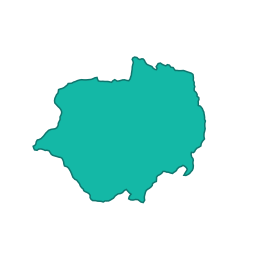 Comercinho, Minas Gerais, Brazil (Albers equal-area conic projection), rotated 138°
{"feature_id": "56859067B55549255445639", "entity_name": "Comercinho", "entity_type": "district", "adm_level": 2, "iso_a3": "BRA", "parent_name": "Brazil", "parent_adm1": "Minas Gerais", "projection": "albers", "projection_center": [-41.766, -16.287], "detail": "fine", "context": "isolated", "style": "filled", "palette": "teal", "viewbox_px": 256, "rotation_deg": 138, "n_neighbors": 0, "source": "geoboundaries", "source_scale": "gbopen_adm2", "svg_char_len": 3455}
<svg xmlns="http://www.w3.org/2000/svg" viewBox="0 0 256 256"><g transform="rotate(138 128 128)"><path d="M166.6,62.4L163.9,63.2L162.8,64.9L161.7,66.1L160.0,67.3L158.0,68.6L156.2,69.4L154.4,69.3L152.2,68.9L150.1,68.8L148.4,69.1L146.9,70.3L144.6,70.0L142.7,69.3L141.2,70.7L139.6,72.4L137.7,72.7L135.7,72.1L133.2,71.8L131.0,72.3L129.6,71.0L128.9,69.5L127.5,68.0L126.4,65.9L125.3,64.4L123.8,64.4L122.2,64.1L120.5,64.0L118.7,64.7L116.1,64.7L113.9,63.7L112.2,63.5L111.5,61.9L111.2,59.8L111.5,57.8L112.9,57.1L115.1,56.5L118.1,55.5L116.7,54.0L114.5,53.3L112.6,53.0L110.2,53.4L108.4,53.6L106.6,54.5L104.7,56.2L103.7,57.9L102.5,59.3L101.0,60.4L100.2,61.9L100.1,63.8L98.7,66.3L97.2,67.5L95.9,66.0L94.4,65.9L92.6,66.6L90.3,66.9L88.2,66.3L85.9,65.9L83.9,67.5L81.6,68.3L78.5,68.7L77.5,70.5L76.5,71.7L75.0,73.2L73.1,74.4L71.2,75.8L69.7,78.0L67.8,80.1L65.8,81.4L65.3,83.2L63.9,84.7L62.8,86.3L61.9,87.8L61.0,89.1L60.6,90.6L59.8,92.7L59.6,95.7L60.7,97.7L59.3,99.2L58.0,100.9L56.2,101.7L55.1,103.2L55.4,105.4L54.1,106.8L53.6,108.8L53.8,111.4L52.4,113.1L50.7,114.0L49.9,116.0L48.3,117.6L47.5,119.9L45.9,121.4L44.8,122.9L43.9,124.3L44.2,126.2L45.2,128.1L46.4,130.1L47.5,132.2L48.4,133.7L50.2,135.1L51.9,136.6L52.9,137.8L54.4,139.2L54.3,140.7L54.0,142.7L55.5,144.5L55.2,147.0L56.3,148.7L58.3,148.9L59.1,150.3L59.9,152.2L60.5,154.6L62.5,155.7L64.4,155.1L66.1,154.7L66.4,153.0L67.8,152.3L68.8,153.5L69.3,155.6L69.1,157.7L69.8,159.2L70.6,160.8L71.4,162.8L71.2,165.2L70.5,167.5L70.6,169.3L71.8,170.4L73.3,170.9L74.1,172.3L74.2,174.4L75.6,176.3L77.5,176.8L79.0,176.2L79.6,174.2L80.5,172.8L82.2,171.8L83.9,170.6L85.6,168.9L87.4,167.4L88.9,166.2L90.2,165.0L92.0,164.1L93.7,163.0L95.8,162.6L97.2,164.3L98.3,166.1L99.9,167.4L101.6,168.2L103.4,169.1L104.7,170.1L105.5,172.8L107.7,173.2L109.7,173.0L110.8,174.6L111.7,175.9L112.9,177.0L114.1,178.1L115.4,179.5L117.3,181.1L118.5,182.8L118.1,184.4L117.2,186.3L118.9,187.4L120.9,188.0L122.8,188.7L124.7,190.1L127.1,191.9L128.7,193.4L130.1,194.9L131.9,196.1L134.0,197.1L136.0,197.7L137.7,198.5L140.0,199.0L141.4,200.1L142.7,201.1L144.2,200.6L146.4,200.7L148.4,200.8L150.4,201.4L152.3,202.4L153.9,203.0L155.7,201.5L157.0,200.7L158.7,200.6L160.5,199.8L162.4,199.0L164.3,197.5L165.6,195.6L165.6,193.4L165.6,190.7L165.4,188.6L165.6,186.7L166.2,184.9L167.1,183.7L168.6,182.7L171.1,181.7L172.7,179.8L174.6,179.0L176.6,178.2L178.2,176.6L180.9,175.8L182.8,176.3L184.2,177.2L186.2,178.5L188.6,179.4L190.4,179.3L192.5,179.2L194.4,178.8L196.0,178.5L197.6,178.4L199.7,178.3L201.8,178.9L203.4,179.8L205.3,179.2L207.3,177.7L208.9,177.4L210.7,177.9L211.5,176.2L212.1,174.3L210.5,172.3L208.5,172.1L206.6,170.6L205.2,168.3L204.6,166.8L203.2,165.8L201.9,163.9L202.2,161.9L202.6,159.8L202.2,158.1L201.2,156.4L200.0,154.5L198.7,152.3L197.7,151.1L197.3,149.5L197.7,148.0L198.4,146.1L199.7,144.2L200.6,142.3L199.2,139.9L199.0,137.9L199.3,136.3L199.6,134.6L200.3,132.4L201.1,130.3L201.9,128.2L201.8,125.4L201.0,123.6L201.2,121.0L201.3,119.1L202.2,116.8L202.4,114.6L202.1,112.7L202.8,111.0L202.4,109.3L201.5,107.4L200.9,105.3L201.2,103.2L202.8,101.6L203.2,99.6L202.8,97.7L200.7,95.7L199.5,94.0L198.1,92.6L196.9,91.3L195.9,89.6L193.8,89.1L192.5,87.9L191.2,86.8L189.5,86.3L187.9,86.0L185.7,85.6L183.0,86.1L180.9,85.9L179.3,85.6L177.4,84.3L175.3,83.7L172.6,84.0L170.4,83.5L170.4,81.5L170.4,79.0L170.0,76.8L171.8,76.5L173.5,75.9L174.9,74.9L174.1,72.8L172.5,71.1L170.2,69.8L168.5,68.0L167.9,64.4L166.6,62.4Z" fill="#14b8a6" stroke="#0f766e" stroke-width="1.5"/></g></svg>